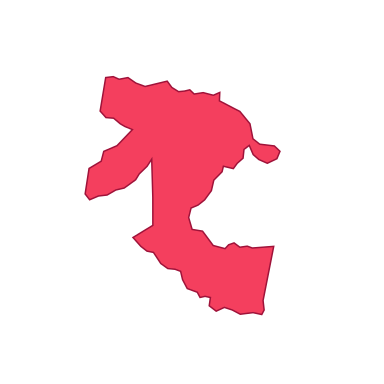 Engenho Velho, Rio Grande do Sul, Brazil (Albers equal-area conic projection), rotated 154°
{"feature_id": "56859067B64358996433210", "entity_name": "Engenho Velho", "entity_type": "district", "adm_level": 2, "iso_a3": "BRA", "parent_name": "Brazil", "parent_adm1": "Rio Grande do Sul", "projection": "albers", "projection_center": [-52.91, -27.679], "detail": "fine", "context": "isolated", "style": "filled", "palette": "rose", "viewbox_px": 384, "rotation_deg": 154, "n_neighbors": 0, "source": "geoboundaries", "source_scale": "gbopen_adm2", "svg_char_len": 1319}
<svg xmlns="http://www.w3.org/2000/svg" viewBox="0 0 384 384"><g transform="rotate(154 192 192)"><path d="M187.9,307.4L194.7,314.5L199.4,322.9L208.1,325.3L212.2,330.2L219.4,332.7L239.1,305.0L236.7,296.6L230.1,292.7L226.6,284.8L223.6,280.3L218.2,274.2L239.1,266.5L253.5,267.2L260.1,259.5L274.2,258.3L288.9,237.1L287.4,229.9L277.8,229.4L269.6,226.5L259.6,227.2L251.2,225.3L237.3,227.7L231.5,231.4L221.1,234.8L213.8,239.2L229.6,204.3L241.8,179.2L265.0,177.0L261.8,165.6L258.4,158.6L253.1,154.6L251.4,141.4L247.3,133.8L241.1,130.0L237.0,125.7L238.9,117.3L238.6,107.3L231.2,99.6L231.0,93.7L226.0,92.5L221.7,89.1L226.4,82.2L222.5,74.3L213.5,74.1L207.6,68.4L202.2,61.0L195.2,58.6L190.0,56.8L183.0,51.3L178.9,54.3L175.7,63.3L142.4,107.3L162.3,115.2L166.1,119.1L173.2,121.4L176.5,127.8L182.2,128.5L187.1,126.6L196.4,134.6L199.7,152.2L208.3,158.3L206.2,170.5L199.9,178.0L192.3,177.6L184.1,179.4L174.0,184.7L167.2,193.1L156.1,197.0L152.5,201.4L144.6,194.9L138.7,198.0L131.3,200.0L126.6,207.5L120.1,208.8L120.6,198.8L117.7,191.9L111.7,184.8L101.1,184.7L95.1,190.0L97.8,197.3L110.2,205.3L113.9,213.1L110.0,227.9L113.7,243.5L117.2,248.1L127.4,261.9L123.4,269.3L130.4,269.6L138.4,276.4L147.1,279.1L149.2,284.8L154.5,286.0L160.1,288.1L164.3,294.8L165.7,302.5L187.9,307.4Z" fill="#f43f5e" stroke="#9f1239" stroke-width="1.5"/></g></svg>